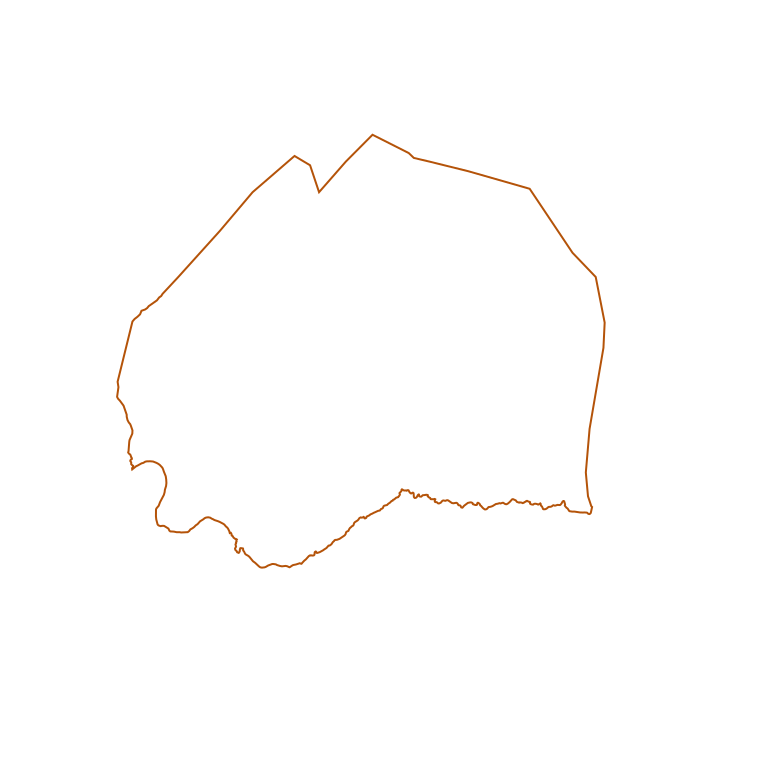 Xovd, Uvs, Mongolia (Robinson projection), rotated 304°
{"feature_id": "93677404B40816338694453", "entity_name": "Xovd", "entity_type": "district", "adm_level": 2, "iso_a3": "MNG", "parent_name": "Mongolia", "parent_adm1": "Uvs", "projection": "robinson", "projection_center": [90.829, 49.365], "detail": "fine", "context": "isolated", "style": "outline", "palette": "amber", "viewbox_px": 768, "rotation_deg": 304, "n_neighbors": 0, "source": "geoboundaries", "source_scale": "gbopen_adm2", "svg_char_len": 6154}
<svg xmlns="http://www.w3.org/2000/svg" viewBox="0 0 768 768"><g transform="rotate(304 384 384)"><path d="M240.6,435.6L242.3,436.6L244.2,436.3L245.6,436.3L247.2,436.8L247.8,436.8L249.4,437.6L250.0,437.6L252.0,437.0L253.1,437.1L256.1,438.4L257.2,438.6L259.1,438.6L259.5,438.8L260.4,439.3L260.7,440.2L261.4,440.9L262.4,441.4L262.3,442.2L261.9,442.6L261.8,443.0L261.9,443.4L262.7,443.9L263.1,444.1L264.4,443.8L266.6,445.1L267.2,445.4L268.2,445.6L270.2,446.9L271.3,447.4L272.5,448.2L275.5,450.0L276.6,451.1L276.9,451.3L278.6,451.4L279.8,452.2L280.5,452.4L282.5,452.0L283.3,452.3L285.4,454.2L287.1,454.5L289.0,455.3L291.2,455.7L292.1,456.4L292.8,456.3L293.4,456.5L294.0,457.0L296.6,457.7L298.1,459.0L298.5,458.9L299.1,459.1L300.9,459.1L301.4,458.9L302.1,457.9L302.4,457.8L304.7,458.3L305.5,458.1L306.0,457.7L306.7,457.8L306.8,458.2L306.8,459.6L307.0,460.3L308.0,461.7L308.1,462.3L308.4,462.6L309.0,462.7L309.6,463.7L308.5,465.9L308.3,467.3L308.4,467.7L309.9,468.5L310.1,468.8L310.0,469.6L307.1,471.9L306.8,472.5L306.7,473.1L307.1,473.7L307.7,474.2L308.7,474.4L310.8,474.2L311.7,474.4L311.9,474.6L311.9,474.8L310.8,475.7L310.7,476.1L310.9,477.0L311.5,477.9L313.4,478.3L315.1,480.3L315.7,480.8L316.3,482.0L316.4,482.4L316.0,482.8L315.5,482.9L315.3,483.1L315.3,484.0L315.1,484.4L315.3,486.0L314.7,487.0L314.8,487.4L316.3,489.6L317.0,490.2L317.1,490.5L317.1,491.0L315.5,491.4L315.0,491.8L314.8,492.1L314.9,492.8L315.4,493.5L315.5,494.0L315.3,495.6L315.7,496.4L317.3,497.4L319.7,497.7L320.3,498.0L320.7,498.4L321.4,500.1L323.0,501.3L323.4,502.4L323.3,506.8L323.6,507.5L323.9,508.2L325.9,510.3L326.1,510.9L326.0,512.0L325.5,512.7L325.2,513.6L325.8,514.7L325.8,515.2L325.7,515.8L325.2,516.4L324.9,517.2L325.4,518.2L327.9,518.5L332.3,520.0L334.1,521.7L334.7,522.8L334.8,523.8L334.6,524.4L334.2,524.7L334.1,525.0L334.7,527.2L335.0,527.8L335.6,528.5L336.2,528.5L337.2,528.0L337.9,528.1L338.1,528.3L338.2,529.0L338.0,530.5L337.7,531.1L337.2,531.6L337.2,532.8L336.7,534.4L336.4,536.0L336.4,537.7L336.7,538.2L337.3,538.8L338.1,539.2L340.4,539.5L341.6,540.8L342.7,541.7L343.6,542.3L347.1,543.9L348.4,545.3L349.7,546.3L349.9,546.7L350.0,547.2L350.4,547.6L351.9,548.8L352.2,549.3L352.2,551.2L352.5,552.3L352.9,552.9L354.3,553.6L356.5,554.2L360.0,554.7L360.4,555.0L360.7,555.5L361.2,558.3L360.6,560.1L361.2,562.4L361.7,562.6L362.7,564.6L362.7,565.4L363.0,565.8L364.2,566.5L364.6,566.5L365.7,567.3L366.3,567.3L367.1,567.9L367.2,568.3L367.3,569.7L367.8,570.8L367.7,571.2L366.7,571.8L366.4,572.4L366.6,573.5L367.2,574.8L367.6,575.2L368.4,575.4L368.8,575.7L369.3,576.3L369.7,577.1L370.1,578.2L370.2,579.1L370.4,579.4L372.4,580.3L372.3,580.8L371.0,582.0L370.8,583.4L369.3,585.9L369.5,586.6L370.4,587.7L371.1,588.2L372.0,588.6L373.9,589.1L374.4,589.5L375.3,590.7L375.9,591.2L376.6,591.6L377.5,591.8L378.2,592.2L378.7,593.7L379.3,594.3L380.7,595.3L382.0,597.5L382.5,597.8L384.3,598.0L386.1,597.8L387.3,598.1L387.5,598.4L387.5,599.0L387.1,599.5L385.4,601.5L384.3,601.9L384.1,602.3L383.5,604.3L383.4,605.9L382.3,608.6L382.3,608.9L383.4,611.3L384.7,613.2L387.2,618.5L388.7,620.8L389.7,622.2L390.7,623.9L390.9,624.6L390.6,625.7L390.7,626.3L391.1,627.1L391.8,627.4L392.8,627.5L398.4,625.3L398.6,624.2L405.0,615.9L423.5,600.8L461.8,579.5L536.7,545.7L558.3,532.6L591.1,499.7L598.2,466.9L627.3,395.6L607.5,334.8L593.9,297.6L588.1,282.3L589.3,275.4L584.2,235.1L547.1,228.0L506.7,222.9L524.0,200.4L523.0,182.3L469.5,167.8L419.0,162.3L356.9,153.5L334.9,150.0L332.4,150.1L330.0,149.2L326.4,149.0L317.0,145.4L314.5,145.2L312.2,144.3L309.1,142.0L305.4,142.8L301.8,142.0L298.5,140.9L295.2,140.5L236.9,161.9L232.9,165.6L224.1,169.9L223.1,171.7L222.5,174.3L220.4,180.2L214.7,187.8L212.9,189.1L210.7,191.5L209.4,193.9L208.8,196.0L207.9,197.4L204.9,201.4L202.1,203.1L195.2,204.4L193.5,205.2L185.4,209.8L184.3,210.1L183.8,211.0L183.6,212.0L183.6,213.1L182.1,215.3L181.8,215.5L181.5,216.5L180.7,216.9L180.2,216.6L179.0,216.4L178.5,216.6L178.1,217.0L177.9,217.8L177.6,218.3L176.2,219.2L175.9,220.4L175.9,221.8L174.3,222.4L173.6,222.2L172.9,222.5L172.4,223.0L177.5,224.6L178.3,225.2L182.7,227.4L183.8,228.4L184.9,229.0L186.1,229.5L187.3,230.7L189.2,233.4L190.6,235.9L191.4,239.5L191.6,241.6L191.5,243.5L190.7,247.0L189.8,248.5L188.2,250.6L185.5,254.6L183.1,256.8L180.2,259.0L177.5,260.4L173.8,261.5L171.7,262.6L169.0,263.5L160.8,264.4L157.1,265.3L153.5,264.9L152.4,265.2L146.8,268.9L144.4,270.9L141.0,274.8L140.7,275.8L140.8,276.8L141.3,278.4L141.9,278.9L142.8,280.0L143.4,281.1L143.6,286.1L142.4,288.1L142.3,289.3L144.1,292.3L145.2,295.0L146.8,297.3L147.5,298.9L151.4,304.1L153.1,304.7L155.2,304.8L156.7,305.6L158.4,306.3L159.8,306.7L161.3,306.9L163.6,307.8L167.3,308.3L170.9,309.9L172.4,310.3L173.8,311.2L175.2,312.8L176.0,314.7L176.0,316.4L176.3,317.9L176.4,319.5L177.4,323.0L177.8,325.0L178.2,328.8L178.2,330.2L177.5,332.6L177.3,334.4L176.8,335.7L175.5,338.0L174.2,339.5L175.0,340.1L174.9,340.5L174.1,341.8L173.6,342.0L173.2,342.5L173.3,343.5L172.5,345.2L172.4,347.6L172.8,348.2L172.8,349.0L172.0,349.1L171.4,349.3L170.9,349.9L170.0,349.8L169.7,350.2L169.2,350.5L168.1,350.5L166.4,352.3L164.3,352.5L163.4,353.4L163.1,354.7L163.0,355.5L162.4,356.3L162.4,356.7L162.6,356.9L162.7,357.2L162.7,357.9L163.0,358.1L164.5,358.0L166.3,357.0L167.5,356.7L168.0,357.2L168.2,357.9L168.8,358.9L168.6,359.3L167.2,360.4L166.9,361.6L165.7,363.6L165.4,364.5L165.6,367.8L165.4,369.2L163.8,374.5L163.7,377.2L162.9,382.2L162.8,383.4L163.0,384.4L163.5,385.5L165.3,387.6L166.5,388.4L168.7,389.4L172.3,392.0L173.0,393.1L174.0,395.2L174.1,396.6L175.0,399.6L175.8,401.4L178.2,404.2L178.8,405.7L179.2,408.1L179.6,408.4L182.6,409.6L183.4,410.2L185.1,411.9L188.3,414.4L188.6,415.7L188.8,416.1L189.2,416.2L189.9,416.2L193.0,416.7L194.9,417.3L199.3,417.9L200.7,418.6L200.8,419.2L201.4,419.7L201.6,420.4L202.2,421.2L202.8,421.7L203.4,421.8L204.2,421.5L205.2,420.9L205.7,420.7L206.3,420.7L206.7,420.9L207.0,421.1L207.0,421.5L206.4,422.5L206.4,422.8L206.7,423.2L208.6,424.7L212.1,426.5L213.3,426.9L215.8,428.0L219.0,428.4L219.7,429.3L221.7,430.0L224.4,430.0L225.8,430.4L226.8,430.4L227.5,430.8L228.5,432.1L230.7,433.7L236.4,436.0L237.2,436.1L238.0,436.1L239.9,435.5L240.6,435.6Z" fill="none" stroke="#b45309" stroke-width="2"/></g></svg>